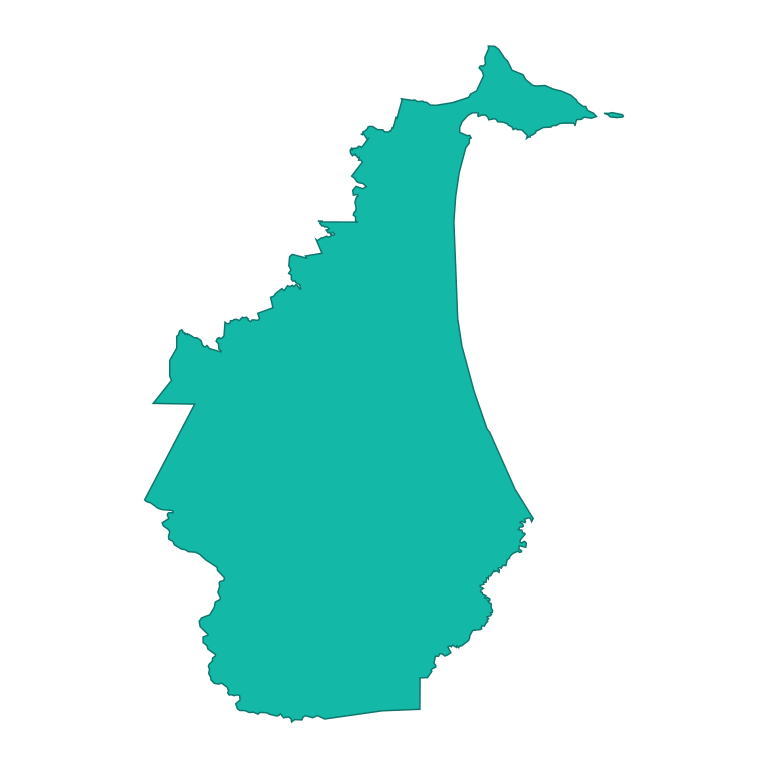 Wairoa District, Hawke's Bay, New Zealand, rotated 270°
{"feature_id": "76426892B8336521277252", "entity_name": "Wairoa District", "entity_type": "district", "adm_level": 2, "iso_a3": "NZL", "parent_name": "New Zealand", "parent_adm1": "Hawke's Bay", "projection": "mercator", "projection_center": [177.459, -38.945], "detail": "fine", "context": "isolated", "style": "filled", "palette": "teal", "viewbox_px": 768, "rotation_deg": 270, "n_neighbors": 0, "source": "geoboundaries", "source_scale": "gbopen_adm2", "svg_char_len": 6123}
<svg xmlns="http://www.w3.org/2000/svg" viewBox="0 0 768 768"><g transform="rotate(270 384 384)"><path d="M49.0,324.6L57.2,382.2L58.7,419.9L90.1,420.1L90.4,427.5L96.5,431.8L97.2,431.0L99.4,432.3L100.8,435.7L102.5,435.8L104.8,434.0L111.7,435.4L111.8,438.5L114.4,440.0L114.1,442.2L112.0,445.0L113.0,447.5L115.3,450.9L121.2,447.8L122.1,450.1L121.2,451.2L122.9,452.6L120.6,456.5L122.1,456.8L120.3,458.7L121.8,459.4L122.2,461.7L127.4,468.4L130.4,469.8L131.7,469.5L137.6,472.7L138.4,480.0L139.1,481.6L141.8,481.5L142.3,483.2L141.8,484.4L145.1,486.0L146.5,487.7L148.4,487.1L149.2,488.6L151.2,486.9L152.2,490.3L153.5,491.4L155.4,490.4L155.5,492.3L157.5,492.6L160.1,491.1L164.3,491.2L165.6,488.7L167.4,487.9L167.2,489.7L169.0,489.9L170.6,487.2L169.4,486.0L170.1,484.6L172.2,486.1L174.0,482.6L175.6,482.2L176.1,480.5L177.9,481.0L179.6,483.3L181.5,480.2L182.7,480.1L183.8,483.9L186.0,483.6L185.7,486.0L190.2,486.6L190.5,487.6L189.3,488.3L192.0,488.7L192.2,490.6L197.5,494.0L196.4,494.9L197.2,496.6L195.7,499.1L198.0,499.4L199.3,498.0L200.2,498.3L200.6,499.3L199.8,501.2L202.8,502.9L202.4,505.9L208.1,507.1L209.8,509.5L211.6,509.8L214.7,513.0L216.8,518.0L215.6,519.5L216.2,521.4L217.3,521.5L219.0,518.8L222.3,519.4L220.7,525.8L224.7,526.3L225.9,525.6L226.6,524.1L225.1,521.7L226.0,519.9L228.2,520.4L233.8,525.1L234.8,524.7L235.2,522.4L237.8,521.9L238.3,518.3L241.1,520.1L241.0,522.2L241.9,523.4L244.0,522.7L245.7,520.0L246.7,521.7L245.4,525.0L246.4,525.5L248.8,524.4L250.2,528.7L249.8,530.2L246.4,531.6L249.4,533.2L278.8,515.0L335.7,489.7L338.9,487.1L376.7,474.1L422.1,461.9L449.5,457.7L546.2,453.9L571.6,455.7L595.4,459.2L620.3,465.8L624.8,469.2L629.3,469.5L630.0,471.2L632.7,469.6L632.3,467.3L635.6,459.8L640.5,459.7L646.2,462.1L652.7,468.0L655.2,472.5L655.2,477.6L654.7,478.5L652.5,477.7L651.5,478.5L653.0,482.0L652.9,485.6L650.9,487.8L648.2,488.8L649.3,494.7L648.4,496.4L646.2,497.7L645.9,503.0L644.1,507.7L642.9,508.2L641.1,511.9L638.3,513.2L639.6,515.6L638.3,517.4L638.3,521.6L632.5,527.4L629.6,526.6L631.2,528.7L630.9,530.1L632.8,530.4L633.0,532.5L635.1,535.5L637.5,536.3L637.4,537.5L640.5,543.2L640.9,550.9L642.5,552.6L642.4,555.9L644.5,559.7L644.9,563.7L644.9,573.1L643.7,574.9L642.0,574.9L648.3,576.5L648.7,581.4L650.8,584.0L649.8,591.5L651.5,596.5L654.8,593.5L657.6,587.5L661.6,585.7L661.5,583.2L665.6,577.6L668.3,576.1L672.9,570.7L676.8,561.6L679.0,553.0L682.5,544.9L682.0,536.0L682.7,532.6L688.5,525.6L693.2,523.1L697.8,512.0L706.9,507.6L709.7,504.7L718.8,498.6L721.7,494.7L721.9,488.3L719.4,488.6L710.5,484.9L703.8,485.4L701.6,482.8L702.3,481.6L701.9,480.1L700.0,479.1L697.0,482.1L692.3,483.6L677.1,476.6L673.9,470.5L670.6,468.7L665.3,452.4L662.7,436.2L662.9,430.3L665.6,426.9L666.0,423.9L666.8,423.0L666.5,417.5L668.1,414.6L667.6,412.5L669.2,401.5L668.0,402.1L649.5,397.0L650.6,396.0L640.0,393.1L640.3,392.0L637.0,390.8L637.2,389.8L636.0,388.8L636.1,384.4L638.2,382.8L638.4,377.3L641.5,372.6L641.6,369.5L641.1,368.1L639.4,367.5L636.5,364.4L636.5,363.2L634.1,362.5L633.8,361.5L633.2,362.3L634.1,363.6L629.1,366.9L629.4,368.2L620.5,361.6L621.7,359.9L621.5,358.2L620.0,357.1L619.5,353.0L618.0,352.1L618.5,351.4L620.4,351.9L617.6,350.1L614.6,350.7L612.2,352.4L614.0,355.2L612.6,355.4L612.3,356.6L610.4,357.6L610.6,359.3L607.8,358.6L607.9,360.8L605.8,362.3L591.9,351.6L589.7,354.6L586.3,356.8L585.2,359.0L584.6,362.9L581.4,366.3L579.3,362.6L581.6,356.0L577.7,352.7L572.9,353.3L573.5,357.8L572.0,358.1L571.1,356.6L566.0,354.9L559.8,356.2L556.5,355.4L555.8,354.1L553.0,353.2L551.3,355.5L547.2,355.6L545.9,356.9L546.0,322.2L546.9,322.2L547.0,317.9L545.9,320.3L544.6,319.8L542.0,321.9L542.3,323.4L541.0,324.6L541.4,326.1L539.6,329.1L538.5,328.7L538.0,326.2L535.2,328.1L535.7,329.6L533.8,330.6L535.8,332.7L533.9,334.6L532.5,333.7L533.2,331.8L531.9,331.0L530.8,328.5L531.8,326.6L529.9,322.2L530.2,321.4L527.4,317.4L528.3,316.2L514.7,321.9L512.0,305.4L509.9,306.4L513.6,292.2L511.3,289.6L502.3,288.8L498.2,291.0L494.7,288.6L492.9,291.4L488.7,291.3L486.8,292.9L487.1,295.0L485.4,295.8L483.3,299.7L479.0,300.6L479.1,299.4L482.5,297.4L483.3,295.9L481.4,293.8L482.7,292.3L481.4,290.0L482.3,287.6L477.3,284.1L479.4,281.9L474.4,275.4L471.9,273.9L470.7,270.6L460.2,272.9L454.7,257.7L449.5,259.5L447.7,258.0L448.2,252.2L446.4,250.6L448.1,247.9L448.9,248.3L450.8,246.5L450.2,243.7L450.8,242.3L447.4,239.3L448.7,236.3L448.5,234.1L447.3,232.9L447.3,230.5L445.2,230.1L444.0,227.5L445.8,225.0L432.1,224.0L430.0,222.1L429.3,220.3L430.4,219.2L429.5,217.4L426.7,216.1L424.4,218.5L419.0,218.9L417.1,221.2L416.1,220.9L419.4,209.5L422.5,206.9L421.3,205.8L421.3,204.0L423.4,202.3L427.5,201.0L428.7,199.2L430.2,196.8L430.2,194.4L433.5,189.1L433.9,188.0L433.3,187.7L434.2,187.3L433.8,186.0L434.6,185.6L433.9,184.9L435.6,183.9L435.9,182.6L437.2,182.7L438.2,181.6L437.0,179.6L432.9,178.4L431.7,176.7L419.8,176.7L407.7,169.8L392.2,169.7L387.5,171.4L364.6,153.2L363.9,194.7L268.1,144.6L266.5,146.4L265.1,150.7L259.8,157.9L258.4,162.0L257.7,170.6L256.9,173.1L255.2,173.1L255.3,168.9L254.4,167.7L252.9,167.3L249.4,168.8L245.3,162.2L242.1,163.3L238.9,167.9L236.4,169.8L231.5,168.5L228.8,168.9L226.7,172.8L223.1,174.5L219.0,181.3L218.2,185.5L216.4,188.0L215.8,195.4L213.8,199.6L208.4,205.4L200.7,217.1L197.7,217.5L190.4,224.4L187.3,223.7L186.6,220.2L185.4,219.2L181.4,219.6L175.9,217.9L170.3,220.3L168.5,220.1L166.0,215.3L160.6,214.2L153.2,209.8L150.1,201.6L146.7,199.2L141.3,200.2L133.5,208.1L132.6,207.7L131.0,203.1L125.4,203.1L122.5,206.9L118.8,208.0L113.4,215.6L111.9,215.2L110.0,212.6L106.8,212.3L103.7,209.1L101.5,208.4L98.9,209.5L94.5,208.7L90.5,210.8L88.2,210.9L84.7,214.2L83.9,218.7L84.9,221.5L80.8,227.2L77.3,228.5L75.0,227.7L73.0,229.2L73.3,231.6L72.3,233.9L73.2,237.5L72.3,239.7L67.9,240.0L64.2,235.7L59.1,237.5L57.5,239.8L57.4,245.1L55.5,249.1L55.9,253.2L53.9,258.0L55.6,260.1L55.2,267.1L53.8,269.2L52.0,276.8L52.6,278.9L54.3,280.3L50.2,283.6L51.1,287.9L50.3,289.8L48.8,291.1L46.1,291.6L48.4,294.7L48.1,301.8L51.1,303.2L52.3,305.4L50.3,312.6L52.4,317.4L49.0,324.6ZM653.3,622.5L655.4,612.1L654.6,608.5L654.7,604.1L653.4,607.9L651.1,610.2L650.4,617.2L651.0,622.6L651.7,623.4L653.3,622.5Z" fill="#14b8a6" stroke="#0f766e" stroke-width="1.5"/></g></svg>